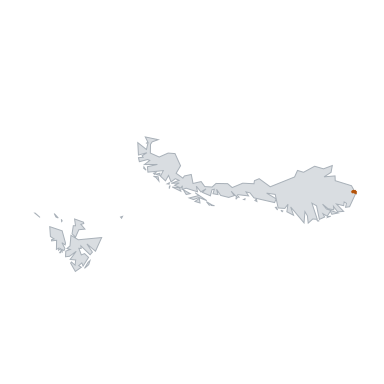 Lindesnes nor, Vest-Agder, Norway shown in context, rotated 252°
{"feature_id": "86288312B19723632220281", "entity_name": "Lindesnes nor", "entity_type": "district", "adm_level": 2, "iso_a3": "NOR", "parent_name": "Norway", "parent_adm1": "Vest-Agder", "projection": "albers", "projection_center": [7.221, 58.115], "detail": "fine", "context": "in_parent", "style": "filled", "palette": "amber", "viewbox_px": 384, "rotation_deg": 252, "n_neighbors": 0, "source": "geoboundaries", "source_scale": "gbopen_adm2", "svg_char_len": 4874}
<svg xmlns="http://www.w3.org/2000/svg" viewBox="0 0 384 384"><g transform="rotate(252 192 192)"><path d="M214.7,182.7L208.0,187.6L209.6,189.7L208.9,196.7L199.8,195.6L199.1,203.9L193.2,205.8L190.5,212.7L192.7,217.5L188.9,228.5L183.8,231.6L184.7,243.0L180.7,253.5L183.5,254.9L183.9,260.0L172.8,268.0L174.6,294.2L179.9,299.0L176.3,304.2L178.6,316.6L173.4,324.2L173.8,333.6L167.7,330.3L165.6,322.3L163.1,333.0L158.5,331.7L148.7,345.6L140.1,347.3L129.3,337.3L130.0,333.3L133.5,335.4L135.5,333.6L132.1,332.1L135.9,325.7L126.7,330.2L128.1,324.4L134.6,322.1L131.2,321.4L134.1,316.2L140.1,312.4L134.3,314.6L126.9,324.4L127.6,318.1L131.0,317.7L127.2,313.1L130.9,309.8L127.2,310.4L126.6,304.7L140.4,306.2L144.3,302.6L127.3,302.7L129.0,298.5L126.5,292.9L133.7,294.4L138.4,293.3L128.0,289.0L147.3,281.2L138.5,281.4L143.9,276.1L150.7,279.5L147.7,275.2L150.2,269.0L164.0,270.4L167.9,262.6L159.5,269.9L156.4,267.3L167.3,249.1L173.2,246.9L175.4,243.4L170.8,244.6L175.3,234.8L173.7,232.9L180.6,229.5L175.5,231.0L175.5,225.2L179.9,218.2L187.0,216.2L181.5,215.9L183.9,211.4L187.7,214.1L188.0,211.7L182.7,208.3L188.4,201.8L190.7,206.3L189.3,200.5L196.2,197.9L190.5,197.3L197.4,187.6L197.5,183.3L200.9,184.8L199.2,182.7L203.8,177.5L204.5,182.7L206.6,175.0L207.1,183.3L209.8,180.3L208.1,175.2L215.0,174.8L210.8,170.2L216.8,166.9L221.2,171.3L224.5,156.2L229.8,157.4L228.9,167.6L232.8,155.2L235.1,161.6L236.6,159.7L237.1,151.3L241.2,151.7L240.1,156.2L241.9,155.8L243.3,161.3L243.7,152.5L255.7,155.7L246.5,161.8L252.5,165.5L258.8,164.6L252.2,176.0L252.0,169.6L250.2,167.3L241.9,164.4L235.4,171.6L236.4,181.3L233.8,187.7L220.5,189.2L214.7,182.7ZM169.5,51.7L174.8,53.7L175.0,58.4L176.9,55.6L178.4,59.3L188.2,63.5L181.7,69.1L176.6,92.0L165.5,81.9L175.1,76.0L165.6,78.7L163.8,75.7L175.1,69.7L172.5,69.1L173.4,67.0L166.4,67.3L166.6,70.8L161.8,73.4L155.2,65.5L158.6,65.3L157.0,61.5L154.6,63.5L152.5,56.5L161.9,54.6L162.7,55.7L158.6,58.2L163.3,60.4L165.5,55.3L171.4,63.6L168.7,55.6L169.5,51.7ZM179.3,45.3L187.9,48.3L188.9,43.3L190.0,43.6L190.0,46.3L193.4,43.6L203.0,46.0L195.2,56.5L182.5,55.9L180.9,55.0L184.0,52.6L177.6,53.7L175.8,52.1L177.5,50.6L174.4,49.9L178.8,49.4L177.9,47.2L179.8,48.0L179.3,45.3ZM189.3,65.0L196.6,68.7L195.9,70.8L202.6,72.0L196.8,79.5L195.4,79.3L195.6,76.3L189.8,78.7L191.1,72.7L185.1,67.3L189.3,65.0ZM186.5,197.4L190.3,194.8L179.2,203.4L184.6,196.9L184.3,191.1L187.2,187.5L186.5,197.4ZM191.4,185.7L196.8,184.4L191.0,189.8L191.4,185.7ZM196.2,181.6L202.9,174.7L199.9,181.4L196.2,181.6ZM152.6,66.2L157.2,71.4L158.3,73.8L154.8,71.3L152.6,66.2ZM182.1,191.9L183.6,197.0L179.1,196.2L182.1,191.9ZM218.9,160.2L216.9,164.5L212.6,163.9L217.0,162.2L218.9,160.2ZM220.1,162.7L219.8,167.3L217.8,166.5L220.1,162.7ZM174.1,204.3L178.4,202.7L174.0,206.6L174.1,204.3ZM220.4,36.3L214.8,39.6L220.5,36.0L220.4,36.3ZM210.2,54.9L214.1,54.3L208.6,56.8L210.2,54.9ZM226.9,155.1L229.5,153.4L230.7,154.0L226.9,155.1ZM221.7,161.2L221.7,163.6L220.4,161.8L221.7,161.2ZM207.4,170.9L207.8,173.3L206.5,172.7L207.4,170.9ZM190.3,116.3L190.3,118.4L188.8,116.9L190.3,116.3ZM206.4,59.3L204.6,59.6L204.2,58.9L206.4,59.3ZM164.5,249.2L165.5,251.1L162.9,250.8L164.5,249.2ZM202.2,171.4L203.9,172.0L205.0,173.2L202.2,171.4ZM175.2,47.4L176.1,48.5L174.9,48.2L175.2,47.4ZM151.5,267.5L148.4,267.8L151.6,266.6L151.5,267.5ZM147.1,270.9L145.9,272.5L145.4,271.7L147.1,270.9ZM173.3,207.2L172.0,209.2L173.3,205.9L173.3,207.2ZM126.6,313.9L126.1,316.5L126.0,313.0L126.6,313.9ZM172.6,233.4L171.8,231.9L172.7,231.9L172.6,233.4ZM252.5,163.2L252.8,165.1L252.6,164.8L252.5,163.2ZM173.5,234.8L171.9,235.3L173.8,234.4L173.5,234.8ZM168.9,238.8L169.2,240.3L168.3,239.9L168.9,238.8ZM126.1,302.4L125.2,304.1L125.4,302.7L126.1,302.4Z" fill="#d9dde1" stroke="#a8b0b8" stroke-width="1"/><path d="M143.0,344.5L142.9,344.4L142.8,344.5L142.5,344.4L142.5,344.2L142.2,344.3L141.9,344.4L141.9,344.6L141.8,344.8L141.8,345.3L141.8,345.5L141.7,345.7L141.7,345.8L141.5,346.0L141.4,346.0L141.3,346.3L141.2,346.6L140.9,346.8L140.7,346.9L140.7,347.0L140.4,347.2L140.4,347.3L140.3,347.5L140.3,347.8L140.5,348.0L140.4,347.9L140.5,347.9L140.8,347.7L140.9,347.4L140.8,347.2L140.9,347.3L141.0,347.3L141.0,347.2L141.0,347.3L141.0,347.2L141.1,347.3L141.1,347.2L141.3,347.0L141.3,346.9L141.5,347.0L141.5,346.9L141.5,347.0L141.5,347.3L141.6,347.2L141.8,347.1L141.9,346.9L141.9,347.0L142.0,347.0L142.1,346.9L142.1,347.0L142.1,347.3L142.2,347.2L142.2,347.3L142.3,347.2L142.2,347.2L142.3,347.2L142.2,347.2L142.3,347.1L142.3,347.3L142.4,347.2L142.5,347.0L142.4,347.0L142.5,347.1L142.5,346.9L142.8,346.9L143.0,346.8L143.0,346.7L143.0,346.4L143.1,346.2L143.3,346.1L143.4,345.9L143.5,345.8L143.5,345.6L143.5,345.4L143.4,345.3L143.4,345.2L143.3,344.8L143.3,344.7L143.2,344.6L143.0,344.5ZM142.0,347.0L141.9,347.1L142.0,347.2L141.9,347.2L142.0,347.2L141.9,347.2L141.9,347.3L142.0,347.2L142.0,347.3L142.0,347.2L142.0,347.0Z" fill="#f59e0b" stroke="#b45309" stroke-width="1.5"/></g></svg>